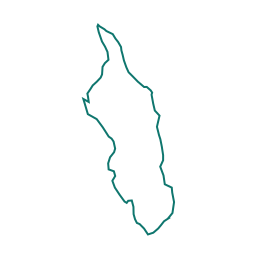 Erimi, Limassol, Cyprus, rotated 162°
{"feature_id": "46923920B22495771378478", "entity_name": "Erimi", "entity_type": "district", "adm_level": 2, "iso_a3": "CYP", "parent_name": "Cyprus", "parent_adm1": "Limassol", "projection": "robinson", "projection_center": [32.922, 34.687], "detail": "fine", "context": "isolated", "style": "outline", "palette": "teal", "viewbox_px": 256, "rotation_deg": 162, "n_neighbors": 0, "source": "geoboundaries", "source_scale": "gbopen_adm2", "svg_char_len": 1193}
<svg xmlns="http://www.w3.org/2000/svg" viewBox="0 0 256 256"><g transform="rotate(162 128 128)"><path d="M124.6,235.4L125.7,234.1L126.2,228.1L126.0,218.3L124.7,212.5L124.0,206.7L125.5,198.9L130.0,196.8L133.3,194.0L136.1,187.0L138.4,184.4L143.3,181.7L148.4,179.4L151.5,176.8L156.0,173.3L156.4,169.9L157.3,164.9L161.5,169.4L161.7,160.6L161.9,153.6L155.0,146.1L151.8,136.5L149.0,125.8L146.9,123.0L145.9,119.6L146.6,112.4L148.7,109.3L154.1,105.7L157.8,100.5L159.2,94.6L154.8,91.2L155.0,86.3L158.8,83.0L159.2,82.6L158.9,75.4L156.6,67.1L154.0,59.1L152.4,57.2L150.3,58.7L146.8,57.9L147.2,51.3L149.3,44.3L149.5,39.1L148.9,35.0L146.6,33.0L143.8,27.4L141.9,20.6L136.3,20.6L130.3,23.1L126.5,25.5L122.5,28.2L117.7,29.5L117.9,29.6L112.0,33.4L107.1,43.3L105.9,52.9L104.8,57.8L110.4,63.1L108.9,71.9L109.3,81.3L104.6,86.4L103.0,91.3L101.6,99.8L100.7,107.4L100.7,111.7L100.1,120.2L94.2,130.0L97.1,136.3L96.5,143.4L95.3,152.4L94.1,154.2L94.8,156.8L97.5,161.3L100.0,162.0L104.3,169.0L107.8,176.1L110.2,180.8L110.8,186.1L111.0,193.5L110.5,199.3L110.3,203.8L109.6,207.2L110.8,212.8L112.3,216.9L113.5,222.0L118.6,226.9L119.9,229.2L123.6,233.5L124.6,235.4Z" fill="none" stroke="#0f766e" stroke-width="2"/></g></svg>